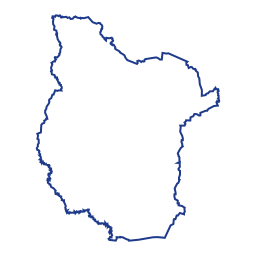 Nong Song Hong, Khon Kaen, Thailand (Natural Earth projection)
{"feature_id": "78962969B38017205810186", "entity_name": "Nong Song Hong", "entity_type": "district", "adm_level": 2, "iso_a3": "THA", "parent_name": "Thailand", "parent_adm1": "Khon Kaen", "projection": "natural_earth1", "projection_center": [102.768, 15.769], "detail": "fine", "context": "isolated", "style": "outline", "palette": "blue", "viewbox_px": 256, "rotation_deg": 0, "n_neighbors": 0, "source": "geoboundaries", "source_scale": "gbopen_adm2", "svg_char_len": 5655}
<svg xmlns="http://www.w3.org/2000/svg" viewBox="0 0 256 256"><path d="M152.7,237.3L157.5,237.1L164.8,237.8L170.6,225.4L173.4,224.0L173.7,220.0L174.1,219.1L175.4,219.2L176.7,215.5L177.8,215.6L179.9,213.0L184.0,214.3L184.0,213.1L184.8,211.6L184.4,208.8L184.7,207.7L182.0,206.0L178.6,205.3L178.9,203.3L177.6,203.3L177.8,200.6L175.0,199.1L174.3,196.0L174.5,194.2L175.6,194.3L175.7,193.3L174.7,188.4L177.1,183.7L178.4,182.8L179.6,179.7L179.0,179.5L179.0,177.6L180.0,174.7L180.0,170.8L178.8,170.1L178.4,169.0L179.8,167.0L179.7,163.0L177.8,162.9L179.9,161.8L179.4,160.4L179.4,157.2L178.4,156.0L178.6,155.1L177.8,153.8L177.9,153.1L180.6,148.2L182.8,146.3L182.2,145.7L182.3,144.1L181.4,141.9L181.7,140.1L182.8,140.2L182.9,138.7L182.2,135.9L180.2,131.7L180.7,127.1L180.3,125.6L184.6,125.6L185.4,123.8L184.5,122.5L185.9,121.3L186.1,120.3L190.3,120.5L190.5,117.4L193.3,116.2L194.4,114.0L196.9,114.2L199.0,115.5L200.1,115.5L200.4,115.3L200.4,112.8L206.1,110.6L207.1,110.8L208.4,108.9L214.0,106.0L217.8,105.6L216.4,102.2L217.1,101.1L218.0,101.7L218.5,101.3L218.9,101.7L219.2,101.2L218.7,98.8L218.0,98.6L218.6,97.4L218.6,95.7L218.0,95.2L218.3,93.5L217.6,92.7L217.8,91.2L218.6,91.0L218.2,89.2L216.0,89.2L215.9,88.7L215.3,88.9L215.2,88.1L214.6,88.8L214.8,89.3L214.0,89.5L213.0,91.2L209.8,91.4L208.1,93.3L207.2,93.4L205.8,94.4L205.6,95.1L201.8,95.8L201.9,90.1L199.8,84.3L199.3,78.4L198.1,76.3L197.8,72.5L196.0,70.9L195.8,69.7L195.2,69.6L195.1,69.0L194.3,69.2L192.9,68.5L192.1,67.3L191.0,66.9L188.7,68.0L187.8,65.1L186.5,64.9L186.3,62.7L187.4,61.7L168.3,53.3L166.6,53.6L162.5,52.9L161.8,59.5L159.9,59.5L158.2,58.2L156.1,57.4L145.4,59.1L144.6,59.7L144.4,61.3L143.6,61.6L142.4,61.1L141.2,62.0L139.9,60.9L138.6,60.6L137.3,61.1L137.7,63.0L137.0,63.9L127.3,60.1L125.4,57.6L124.4,55.2L119.9,52.4L119.9,51.8L118.9,51.0L115.8,49.3L115.1,48.6L115.3,47.5L113.8,44.9L112.5,44.3L112.2,45.0L110.7,43.9L110.7,42.8L112.9,41.2L113.1,40.4L112.2,39.5L112.5,38.4L111.6,37.7L109.1,38.3L106.3,37.8L106.0,40.5L104.4,39.0L104.1,37.8L102.6,36.9L102.3,35.7L100.5,34.2L100.2,32.1L100.8,31.6L101.3,29.3L101.8,29.4L102.3,28.4L102.0,27.9L102.4,26.5L101.9,25.2L100.1,23.6L100.1,23.2L98.4,22.9L96.6,23.7L92.7,22.2L88.2,17.1L83.8,18.2L82.0,17.9L80.8,18.6L80.3,17.8L79.7,18.1L77.2,17.6L75.4,16.5L75.1,17.0L74.1,17.0L72.7,18.7L70.6,19.0L69.4,17.4L67.5,17.9L66.4,16.8L63.5,17.2L62.2,16.6L61.8,17.5L60.9,17.4L59.9,15.4L58.4,16.1L57.4,15.5L55.8,15.4L55.1,16.8L54.1,16.3L53.6,16.8L52.6,16.4L52.2,18.0L53.4,18.7L53.5,19.2L53.0,21.3L53.2,24.3L54.5,26.3L54.0,29.7L56.3,30.6L56.7,32.2L56.2,34.2L57.1,33.9L57.0,36.6L57.4,37.2L57.5,38.8L59.4,42.2L60.1,42.4L60.4,43.2L59.7,44.7L60.0,45.5L60.6,45.5L61.6,47.0L60.4,49.3L60.2,52.2L59.2,53.8L59.6,54.1L59.3,55.2L57.3,57.4L55.1,57.1L54.8,57.8L55.8,59.3L55.3,59.5L55.4,60.4L54.9,61.5L54.1,61.2L52.5,62.1L52.3,62.8L51.6,62.9L52.3,64.5L51.1,67.6L51.2,68.9L52.1,70.5L51.8,71.0L51.3,70.7L51.0,71.4L51.5,71.7L51.9,74.3L54.6,75.1L54.9,76.3L55.4,76.8L55.0,77.1L55.3,77.7L57.0,77.5L57.0,78.4L57.6,79.1L57.0,79.5L58.4,81.8L58.4,82.6L58.8,83.1L59.0,82.5L59.8,83.0L59.6,84.7L60.9,85.0L60.8,85.6L61.7,86.9L61.8,88.1L61.0,89.0L61.5,90.5L58.9,90.3L57.5,90.9L55.2,90.3L53.6,94.6L52.4,94.7L51.2,98.2L49.4,99.4L49.0,100.8L49.4,101.8L48.9,103.4L46.6,106.7L46.3,108.8L45.2,110.5L45.1,112.7L46.7,116.3L47.3,118.8L46.1,118.8L45.9,119.8L44.2,120.7L44.5,122.0L44.0,123.0L42.3,123.6L41.3,124.9L40.9,132.4L37.3,133.8L38.1,135.7L37.4,138.8L38.6,139.4L38.8,143.1L37.8,144.5L37.9,146.2L36.8,148.3L37.2,149.8L38.6,150.1L39.4,151.2L38.9,152.0L39.2,153.0L40.2,154.3L40.0,155.3L39.4,155.4L40.8,156.9L40.9,157.9L40.4,158.6L40.8,159.1L40.2,159.5L41.2,159.7L40.5,162.0L41.1,162.1L41.5,162.9L41.7,162.1L42.5,162.2L42.3,161.3L42.8,161.3L43.1,163.0L44.0,163.0L43.9,164.2L45.7,164.4L46.0,164.0L46.5,164.8L47.9,165.0L48.2,165.7L48.5,165.0L49.1,165.0L49.5,165.5L49.3,167.5L50.2,168.8L50.5,168.3L51.1,168.5L51.1,169.6L50.6,169.4L50.6,170.0L50.0,170.2L51.3,171.3L51.2,171.7L51.7,171.7L51.3,173.1L49.8,173.3L49.8,174.2L48.9,173.6L48.4,173.9L48.4,175.4L50.3,178.7L49.7,179.1L49.7,179.7L48.8,178.8L47.7,178.7L47.4,180.3L48.3,180.9L47.8,181.1L47.9,182.8L49.3,183.7L49.5,184.5L50.4,184.5L51.1,187.0L53.5,188.2L55.7,190.7L55.2,191.7L55.6,194.0L56.3,194.1L56.4,193.5L57.1,193.3L57.3,194.5L57.7,194.7L58.0,193.6L58.6,193.5L59.1,195.0L58.8,195.5L59.7,196.2L61.2,196.5L61.0,197.4L61.9,199.0L61.8,200.0L62.5,200.0L62.7,200.5L64.0,200.3L64.0,201.9L65.8,206.0L65.2,207.8L65.8,208.8L65.6,209.7L66.1,211.0L67.3,210.5L66.6,211.7L67.0,213.1L68.2,212.5L68.9,213.3L69.3,212.3L69.9,212.2L70.3,212.8L73.9,212.6L74.2,213.5L74.4,211.3L75.3,212.2L75.0,212.7L75.3,213.4L76.8,211.5L77.4,212.2L78.9,211.5L79.2,213.0L80.6,212.0L80.8,211.1L82.7,211.7L83.8,211.1L83.6,210.1L84.4,210.5L84.5,211.3L86.2,210.1L87.5,210.6L88.0,209.5L88.8,209.6L88.2,211.7L88.8,212.9L89.7,213.4L89.5,214.1L90.2,214.7L89.7,215.8L89.0,215.9L89.1,216.4L90.2,216.7L90.8,216.3L91.3,217.3L92.5,216.6L92.6,217.4L93.4,217.7L93.3,219.2L94.0,219.7L94.9,219.4L95.2,219.9L95.0,220.8L97.0,222.0L97.7,221.7L97.7,222.9L98.6,222.9L98.6,223.9L100.5,223.4L101.0,223.8L101.7,223.2L103.2,223.4L103.7,224.2L104.5,223.6L105.1,224.7L105.2,222.8L105.8,223.8L106.4,223.7L106.2,225.6L107.0,225.7L107.5,225.0L107.6,226.5L108.2,225.5L109.1,226.4L108.9,227.0L110.5,227.1L110.4,228.0L111.2,228.2L110.5,229.0L111.5,230.1L111.6,230.9L110.9,230.9L110.3,231.9L109.6,231.1L109.1,232.1L109.8,233.4L110.4,232.7L111.2,232.8L112.1,235.4L111.6,235.9L111.5,237.4L110.0,237.0L109.7,238.1L108.6,238.8L109.3,239.9L115.8,240.6L116.8,238.5L116.6,237.2L120.1,237.4L120.2,236.9L122.9,237.4L126.7,239.3L128.7,239.8L128.8,240.6L130.0,240.6L138.9,239.7L152.7,237.3Z" fill="none" stroke="#1e3a8a" stroke-width="2"/></svg>